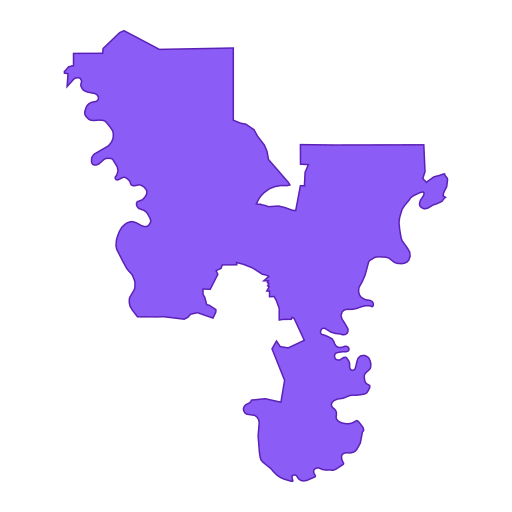 Berri Barmera, South Australia, Australia
{"feature_id": "25037944B16571921668942", "entity_name": "Berri Barmera", "entity_type": "district", "adm_level": 2, "iso_a3": "AUS", "parent_name": "Australia", "parent_adm1": "South Australia", "projection": "mercator", "projection_center": [140.504, -34.288], "detail": "fine", "context": "isolated", "style": "filled", "palette": "violet", "viewbox_px": 512, "rotation_deg": 0, "n_neighbors": 0, "source": "geoboundaries", "source_scale": "gbopen_adm2", "svg_char_len": 6045}
<svg xmlns="http://www.w3.org/2000/svg" viewBox="0 0 512 512"><path d="M67.1,86.6L73.9,79.0L75.5,78.1L77.5,77.7L79.0,77.8L80.1,78.3L81.5,80.5L81.5,81.4L80.8,84.9L80.9,86.0L82.1,88.5L83.3,90.1L85.0,91.1L87.6,92.1L95.2,93.6L97.2,95.0L98.3,96.8L98.4,98.6L97.8,100.2L96.4,101.3L91.4,102.4L89.2,103.5L87.3,105.3L86.3,107.0L84.8,111.5L84.7,113.4L85.0,114.7L86.4,116.9L88.8,119.3L90.8,120.2L93.7,120.5L99.1,120.1L102.6,120.3L104.7,120.9L106.6,122.7L110.3,127.3L112.8,131.1L113.3,134.1L113.1,138.2L111.5,142.1L108.5,145.8L94.7,153.8L93.3,155.1L92.1,157.0L91.6,158.3L91.5,161.6L91.9,163.3L93.0,164.6L94.8,165.1L96.6,164.9L98.8,164.0L104.3,159.2L106.4,158.4L108.7,158.3L111.5,158.6L112.9,159.7L117.2,166.7L118.0,170.8L117.4,173.1L116.8,174.9L115.2,177.2L115.2,178.3L116.0,179.6L117.4,180.0L118.8,179.5L123.0,177.4L124.6,177.2L127.0,178.4L129.8,181.2L130.5,183.4L131.2,184.9L132.9,185.7L134.9,185.7L139.2,184.8L141.0,185.2L143.9,186.9L145.7,189.0L146.8,190.9L146.8,192.7L146.4,194.8L144.8,197.2L142.5,199.7L137.3,201.7L136.5,203.3L136.6,205.5L137.7,207.3L138.8,208.5L144.0,210.4L146.0,211.9L147.7,213.9L150.2,218.7L150.8,220.9L150.4,222.6L149.1,224.7L147.5,226.2L145.7,226.6L144.0,226.5L141.2,225.5L136.7,223.0L133.4,221.8L131.3,221.6L129.2,222.1L127.0,222.9L124.6,224.6L121.8,227.3L119.5,231.2L117.8,235.4L116.5,239.7L116.3,241.1L116.0,245.8L116.7,249.3L122.4,260.5L126.6,268.3L128.7,271.0L131.4,273.8L132.5,275.4L134.7,281.0L135.0,283.1L134.9,287.3L134.3,289.7L129.8,297.3L129.3,299.1L129.3,302.7L130.0,306.1L132.5,310.3L137.5,316.8L156.9,316.9L163.6,316.7L184.2,319.2L187.7,317.4L190.7,314.2L197.5,312.7L213.0,318.1L215.8,312.2L215.9,309.6L209.1,305.2L206.9,304.7L206.6,304.3L204.8,297.4L203.0,294.3L203.0,289.0L210.2,289.3L217.8,274.4L216.1,270.6L221.0,268.4L222.3,264.9L236.8,264.8L236.5,262.5L243.4,264.3L252.7,268.0L262.2,274.2L266.4,275.1L268.8,276.4L263.8,280.8L268.4,280.8L267.4,282.6L268.9,283.5L267.6,285.8L269.2,286.7L266.8,291.0L269.5,291.1L269.5,296.7L274.2,296.6L276.4,300.7L279.2,308.4L279.2,320.0L283.0,319.4L291.3,319.3L292.0,317.3L294.2,318.6L304.3,340.3L288.2,347.9L280.2,346.6L276.5,341.0L272.0,348.8L284.6,380.3L280.9,402.2L265.2,398.7L251.5,400.1L250.7,401.8L249.2,403.0L245.7,404.8L244.2,406.5L243.4,408.7L243.7,410.8L245.0,413.0L246.8,414.2L254.8,415.4L257.0,417.1L258.6,419.6L259.2,422.9L258.1,435.9L259.4,452.2L260.1,457.0L261.0,459.9L262.8,462.1L271.0,468.7L273.1,471.3L276.9,475.1L280.4,477.5L284.0,479.1L291.0,481.2L292.5,481.3L292.9,480.8L292.3,478.7L291.9,476.5L292.4,475.6L293.9,475.1L295.5,475.0L296.4,475.6L298.7,479.0L301.2,480.6L303.6,480.9L306.6,480.5L314.8,477.0L315.3,476.6L315.4,476.0L313.8,472.9L313.6,471.5L314.0,469.9L314.9,468.9L315.7,468.4L317.6,467.9L319.0,468.0L322.1,469.4L326.0,470.1L330.2,469.9L332.3,470.3L333.6,470.1L335.7,469.3L343.2,464.4L343.6,463.8L343.5,462.9L342.7,461.6L341.8,459.4L341.5,456.3L341.9,455.1L342.9,453.9L344.3,453.2L345.8,452.8L350.7,452.9L353.4,452.2L355.2,451.2L356.8,449.4L360.3,443.1L362.4,432.1L363.6,430.5L363.6,429.6L363.2,427.9L360.6,424.2L358.3,421.4L357.1,420.6L356.4,420.7L352.3,422.9L350.1,423.5L347.9,423.8L345.2,423.6L341.4,422.8L338.1,421.0L336.6,419.2L336.1,417.7L336.4,414.7L336.4,412.6L335.7,410.5L334.1,408.7L332.5,407.5L331.7,406.1L331.4,404.2L332.1,402.4L333.8,400.7L337.3,399.1L343.3,398.2L349.3,395.7L351.9,395.2L356.9,395.2L363.9,394.2L365.3,393.7L366.8,392.8L368.2,390.7L369.7,387.7L369.8,386.0L369.6,385.4L366.7,383.8L365.6,382.7L364.7,380.4L364.2,376.6L364.6,374.3L365.9,372.7L368.2,370.7L370.1,368.7L370.7,366.9L370.8,363.7L370.1,360.8L368.9,358.1L367.7,357.0L365.3,355.7L363.8,355.4L360.9,355.8L359.6,356.7L358.2,358.1L357.2,360.6L355.6,367.2L354.9,369.2L353.2,370.3L351.6,370.1L350.9,369.7L350.2,368.9L349.7,367.7L349.6,363.5L349.0,361.4L346.6,357.8L345.7,357.3L343.8,357.4L339.9,359.9L338.8,360.1L337.1,359.8L335.8,359.2L335.1,358.5L334.6,356.8L334.6,355.2L335.3,353.6L336.6,352.9L338.2,352.4L343.1,351.7L345.7,351.8L347.9,351.2L348.5,350.6L349.0,349.7L349.0,348.8L348.4,347.6L347.6,346.7L346.2,346.3L344.7,346.3L342.9,347.1L340.0,347.5L338.4,347.3L336.7,346.5L335.8,345.6L334.7,344.0L333.9,341.6L332.1,338.8L327.8,336.5L323.8,334.9L321.8,334.5L321.1,333.8L320.4,332.7L320.8,330.8L321.3,329.5L322.2,328.6L323.8,328.2L325.3,328.6L330.9,332.1L335.5,333.5L340.0,333.9L342.8,334.8L345.3,334.5L347.2,333.2L348.0,331.3L347.9,328.8L345.6,324.7L341.9,318.8L341.0,315.4L342.1,312.0L343.9,310.2L346.4,309.4L352.6,309.3L356.5,308.5L362.2,306.5L365.9,305.7L368.9,305.7L371.1,306.2L372.0,306.7L372.7,306.4L373.3,305.4L373.2,303.1L372.1,301.5L370.0,300.4L365.6,299.7L363.0,298.5L360.9,296.9L359.4,294.8L358.6,291.5L358.9,287.6L362.3,281.5L365.1,275.1L368.7,261.8L369.7,260.5L374.8,257.4L376.5,257.0L378.7,256.8L386.0,257.2L388.9,258.1L394.4,262.4L397.3,263.4L401.7,263.7L404.7,263.1L406.9,262.1L408.8,260.1L410.1,256.4L409.7,252.1L407.6,248.4L402.3,241.0L401.2,238.3L399.7,229.6L399.0,222.5L399.6,217.7L402.0,209.5L404.6,205.5L409.3,199.9L410.7,197.7L413.3,195.8L419.5,192.8L422.4,192.0L423.6,192.2L424.0,193.0L423.9,194.4L423.3,196.0L420.8,199.6L420.0,201.5L419.6,203.1L419.6,204.9L420.2,206.5L421.7,207.7L423.5,208.6L424.9,208.8L427.9,208.1L433.0,205.0L436.7,203.8L441.9,201.4L444.4,198.1L445.5,197.3L443.0,195.8L443.2,195.3L443.7,192.6L446.7,186.7L447.6,179.3L446.9,177.7L444.6,174.8L444.6,173.9L443.4,174.0L439.2,175.5L434.0,176.8L427.1,181.7L426.4,182.4L422.8,178.5L425.0,171.6L423.8,144.8L334.5,145.0L300.4,144.6L300.5,164.2L308.4,164.6L305.1,172.2L304.4,185.5L304.6,185.8L300.4,185.7L295.7,210.6L292.5,210.3L285.4,207.7L278.6,206.0L268.5,206.7L265.2,205.5L261.5,204.7L260.6,204.2L258.6,204.3L256.3,203.8L259.1,198.5L261.2,195.6L263.9,192.8L268.2,189.6L270.3,188.4L275.0,186.6L280.5,185.6L287.5,185.6L289.9,184.9L288.1,182.1L268.5,159.5L267.0,151.3L264.4,145.1L257.6,136.3L254.0,129.7L245.7,124.1L240.6,123.2L233.3,120.2L233.3,48.0L159.4,49.4L124.0,30.7L119.7,32.6L103.2,48.4L103.0,49.1L102.7,53.3L73.5,53.4L73.5,65.9L71.5,65.9L70.6,66.4L68.6,66.8L64.9,71.1L64.4,71.3L64.4,73.2L68.0,73.6L67.1,86.6Z" fill="#8b5cf6" stroke="#5b21b6" stroke-width="1.5"/></svg>